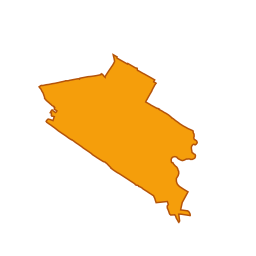 Plesoiu, Olt, Romania (Equal Earth projection), rotated 30°
{"feature_id": "2599482B90563083488739", "entity_name": "Plesoiu", "entity_type": "district", "adm_level": 2, "iso_a3": "ROU", "parent_name": "Romania", "parent_adm1": "Olt", "projection": "equal_earth", "projection_center": [24.24, 44.477], "detail": "fine", "context": "isolated", "style": "filled", "palette": "amber", "viewbox_px": 256, "rotation_deg": 30, "n_neighbors": 0, "source": "geoboundaries", "source_scale": "gbopen_adm2", "svg_char_len": 5675}
<svg xmlns="http://www.w3.org/2000/svg" viewBox="0 0 256 256"><g transform="rotate(30 128 128)"><path d="M225.6,172.8L225.6,172.6L225.4,172.4L225.3,172.1L225.0,171.9L224.8,171.6L224.7,171.4L223.7,170.7L223.0,170.4L222.5,170.1L222.3,170.0L222.0,169.9L221.6,170.0L221.3,170.1L220.7,170.0L220.4,170.2L214.5,172.6L212.2,165.4L211.9,153.3L206.6,153.2L203.3,153.0L201.8,152.9L200.0,152.4L198.6,151.8L197.6,151.0L196.5,149.9L195.1,147.5L195.2,145.4L195.2,144.0L194.7,142.0L194.0,140.9L193.4,140.0L192.7,139.8L191.6,138.6L190.0,137.6L189.1,137.4L188.1,137.3L185.4,136.4L184.6,135.8L184.1,135.6L183.8,135.7L183.6,136.0L183.3,136.0L183.0,136.0L182.4,135.5L181.6,134.4L181.1,133.7L181.0,132.9L181.0,131.6L181.2,131.1L181.6,130.5L182.8,129.4L183.6,129.1L184.5,128.9L185.1,128.9L185.6,129.2L187.0,129.5L189.7,129.4L191.3,129.1L192.0,128.5L192.7,127.7L193.1,127.1L193.4,126.7L193.8,126.1L194.2,125.6L195.0,125.2L196.2,124.3L197.1,123.9L197.7,124.0L198.4,123.6L199.4,123.0L200.1,122.0L200.6,121.2L200.9,120.4L200.7,119.3L200.1,118.0L199.2,117.4L198.1,117.5L197.8,117.5L196.9,117.2L196.3,117.3L196.1,117.3L195.8,117.2L195.7,117.1L195.4,116.9L195.2,116.5L193.4,114.4L192.5,113.0L192.4,112.6L192.2,111.3L192.4,110.4L192.7,109.6L193.1,109.2L193.5,109.1L194.0,109.1L194.5,109.1L194.7,108.9L194.8,108.6L195.1,108.1L195.2,107.3L195.3,106.8L195.3,106.5L195.2,106.0L194.9,105.7L194.1,105.0L193.4,104.8L192.9,104.8L192.4,104.7L192.0,104.7L191.8,104.8L191.0,104.6L190.6,104.4L190.1,103.9L189.7,103.3L189.6,102.7L189.5,102.3L188.6,100.8L188.0,100.1L187.6,100.0L186.9,99.5L186.4,98.9L186.0,98.2L185.8,98.0L185.2,98.0L184.6,98.0L180.2,98.5L177.8,98.5L175.4,98.6L174.5,98.6L170.3,98.4L169.5,98.2L165.3,97.8L162.8,97.4L161.4,97.3L160.9,97.4L160.8,97.2L157.7,96.6L156.3,96.4L155.4,96.4L154.6,96.3L153.8,96.3L151.8,96.4L151.6,96.4L150.9,96.4L149.7,96.3L149.3,96.3L148.8,96.3L145.6,96.4L145.6,96.0L145.1,96.0L144.2,96.1L143.8,96.2L143.5,96.3L143.1,96.6L142.7,96.5L139.5,96.6L136.1,96.7L135.4,96.6L132.3,96.6L130.3,96.6L130.2,96.0L130.1,94.4L130.2,93.6L130.1,92.0L130.1,89.9L130.1,89.1L130.1,87.8L130.0,87.3L130.1,86.9L130.1,85.9L130.1,83.8L130.0,83.6L129.9,83.5L129.9,82.6L129.8,81.4L129.8,81.1L129.8,80.6L129.8,79.9L129.7,77.5L129.8,76.5L129.8,75.5L129.9,75.4L130.0,75.3L130.0,75.2L129.5,75.2L129.3,75.1L127.1,75.2L127.0,74.3L127.1,73.3L127.1,73.0L123.0,73.0L114.7,73.1L114.4,73.1L114.2,73.2L112.1,73.2L110.9,73.2L108.8,73.2L108.1,73.2L107.9,73.3L107.5,73.3L107.2,73.2L106.5,72.3L106.3,72.1L106.1,71.7L105.7,71.7L104.7,72.2L95.5,72.2L95.5,72.9L83.7,73.0L83.5,72.8L83.2,72.6L83.0,72.3L83.0,72.1L83.0,71.9L78.5,71.9L79.5,73.0L80.6,74.1L81.3,74.9L82.5,76.3L83.0,76.8L83.2,77.5L83.2,78.2L83.3,79.1L83.3,79.9L83.3,80.2L83.3,81.8L83.1,83.1L83.1,84.2L82.9,86.2L82.8,87.8L82.6,91.4L82.6,91.6L82.5,93.2L82.5,93.7L82.5,94.3L82.5,94.8L82.6,95.1L82.8,95.5L81.9,95.3L81.2,95.1L80.1,94.7L79.2,94.3L78.8,94.3L79.0,94.5L77.8,94.8L77.6,94.9L77.5,95.2L77.5,95.4L77.6,95.6L76.2,96.9L75.6,97.4L75.2,97.8L72.9,99.7L70.6,101.5L69.1,102.6L68.0,103.3L61.5,108.9L61.1,109.5L61.6,109.6L61.6,109.9L60.7,109.9L60.5,110.1L59.4,110.9L58.6,111.6L57.8,112.3L56.7,113.2L55.0,114.7L53.7,115.8L53.2,116.3L53.0,116.6L51.8,117.5L50.5,118.2L49.6,119.2L48.2,120.5L46.3,122.2L45.4,123.1L43.7,124.6L42.9,125.4L42.7,125.5L42.3,125.9L40.6,127.2L37.7,129.8L35.7,131.3L33.3,133.5L33.0,133.7L32.8,133.9L32.7,133.9L32.5,134.1L32.2,134.3L31.9,134.3L31.2,135.0L31.1,135.3L31.0,135.7L30.7,136.1L30.5,136.6L30.4,136.7L30.5,136.8L30.9,137.1L31.3,137.2L31.7,137.4L32.2,137.5L32.8,137.8L33.1,137.8L34.8,139.0L37.0,140.2L39.9,142.7L40.5,143.3L40.9,144.0L41.8,144.4L42.2,144.4L42.5,144.7L43.0,144.7L43.6,145.0L47.9,145.8L49.0,146.1L49.3,146.0L50.8,146.5L53.1,146.4L53.1,146.8L54.4,147.0L54.7,148.6L56.9,148.6L57.9,148.7L57.9,149.9L57.5,150.9L55.1,150.7L53.3,150.3L53.0,150.8L53.0,153.6L54.2,153.3L54.7,154.2L55.2,155.2L55.3,155.4L55.5,155.5L55.9,155.8L56.8,155.5L58.5,155.0L58.6,155.5L58.6,155.9L58.9,156.9L59.1,158.2L59.3,159.1L56.3,159.6L55.3,159.9L54.7,160.0L54.4,160.2L54.2,160.5L53.8,162.1L53.8,162.8L53.8,163.2L54.3,163.4L54.8,163.7L55.6,163.7L56.2,163.8L57.2,163.9L60.3,164.1L61.6,164.3L63.9,164.5L69.2,165.3L73.1,165.6L77.7,165.9L82.1,166.4L84.8,166.5L84.8,166.3L85.1,166.2L86.0,166.3L88.0,166.5L88.4,166.6L90.2,166.8L91.3,166.9L92.0,166.9L94.3,167.1L95.3,167.2L96.8,167.3L99.3,167.7L100.8,167.8L105.5,168.1L108.8,168.4L110.2,168.7L110.3,168.8L111.5,168.9L113.6,169.0L113.9,169.0L116.3,169.2L117.8,169.2L118.5,169.3L123.3,169.4L123.5,169.4L123.9,169.3L124.3,169.2L124.9,169.0L125.2,169.0L126.1,169.2L126.6,169.3L127.0,169.2L127.3,169.3L128.3,169.6L128.6,169.7L132.1,170.7L133.1,171.0L133.2,171.3L134.9,171.5L135.2,171.5L135.6,171.6L137.9,171.8L139.2,171.9L140.0,171.9L141.2,172.0L142.7,171.9L145.3,172.0L156.3,172.6L158.0,172.7L160.3,172.8L161.1,172.9L161.3,172.9L161.7,172.9L162.7,173.4L162.9,173.4L163.6,173.4L164.9,172.9L165.3,172.8L165.7,172.8L165.9,172.8L166.4,173.1L166.5,173.2L166.8,173.2L167.5,173.0L168.0,172.9L168.7,172.9L169.7,172.9L170.3,173.0L171.3,173.2L171.9,173.3L172.6,173.3L174.6,173.4L175.2,173.4L175.7,173.4L178.1,173.6L184.0,173.9L185.8,175.2L186.3,175.5L188.0,177.1L189.7,178.6L198.8,172.0L199.3,172.4L199.5,172.6L200.3,173.3L200.6,173.5L201.1,174.0L201.1,174.9L201.0,175.5L201.0,175.9L201.1,176.1L201.4,176.7L201.6,177.0L202.0,177.5L202.2,177.8L202.3,177.9L203.3,178.5L205.0,179.9L205.8,180.6L206.8,181.5L207.2,181.7L207.5,181.8L207.8,181.8L208.5,182.0L211.3,180.2L211.8,179.8L212.7,180.2L213.3,180.5L214.0,181.1L214.3,181.4L215.0,182.0L217.2,183.2L218.6,184.1L219.2,184.3L219.2,182.7L215.6,178.0L215.0,177.3L216.8,176.2L224.9,173.0L225.1,172.9L225.5,172.9L225.6,172.8Z" fill="#f59e0b" stroke="#b45309" stroke-width="1.5"/></g></svg>